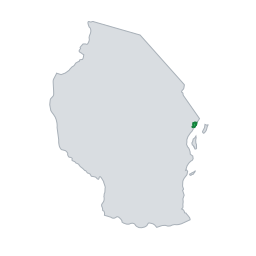 location of Tanga Urban, Tanga, United Republic of Tanzania, rotated 16°
{"feature_id": "72390352B10610893489740", "entity_name": "Tanga Urban", "entity_type": "district", "adm_level": 2, "iso_a3": "TZA", "parent_name": "United Republic of Tanzania", "parent_adm1": "Tanga", "projection": "robinson", "projection_center": [39.063, -5.126], "detail": "fine", "context": "in_parent", "style": "filled", "palette": "green", "viewbox_px": 256, "rotation_deg": 16, "n_neighbors": 0, "source": "geoboundaries", "source_scale": "gbopen_adm2", "svg_char_len": 4989}
<svg xmlns="http://www.w3.org/2000/svg" viewBox="0 0 256 256"><g transform="rotate(16 128 128)"><path d="M98.2,180.8L95.7,179.4L93.4,178.5L91.6,177.5L90.7,176.5L89.0,176.1L87.5,176.0L86.1,175.0L83.3,174.7L82.9,174.1L82.9,172.8L82.4,172.4L81.4,172.1L80.2,172.1L79.6,172.3L79.2,172.2L78.2,171.4L77.4,170.4L77.0,168.8L75.7,167.8L74.2,167.0L70.0,167.1L69.4,166.8L68.4,166.0L67.2,164.7L66.3,163.1L65.4,161.1L64.6,158.3L59.7,147.1L59.2,145.0L58.3,142.7L56.7,139.8L55.1,137.7L52.9,135.7L50.4,133.8L49.0,132.5L46.4,127.3L45.9,124.8L45.5,122.3L45.6,121.2L47.2,118.0L47.4,117.0L47.2,115.8L46.4,113.2L45.3,110.0L43.3,104.2L43.0,102.8L43.0,101.7L44.2,95.8L44.2,95.0L49.0,95.1L52.5,92.5L55.5,88.7L56.1,87.1L57.4,84.6L58.6,83.4L59.1,82.6L59.8,80.1L61.4,78.4L62.9,77.2L62.6,76.3L62.8,75.9L63.7,75.3L65.3,74.7L65.6,73.4L65.6,71.9L65.4,71.1L65.4,70.2L65.2,69.6L64.1,69.5L62.5,68.8L61.1,68.5L60.2,68.1L59.9,67.7L59.7,66.9L60.5,64.6L59.7,63.7L61.4,60.0L61.7,59.5L62.3,59.5L63.2,59.1L64.1,58.9L64.9,59.0L65.4,58.9L65.9,58.5L66.3,57.2L66.6,55.1L66.4,53.4L65.7,52.0L65.5,50.0L65.8,47.3L65.6,45.0L64.8,43.2L64.0,42.2L62.8,41.6L60.9,38.9L60.4,37.6L60.5,36.7L61.1,36.4L62.3,36.5L63.4,36.2L64.5,35.4L65.5,35.2L66.1,35.3L114.0,35.3L170.0,70.7L170.3,71.1L170.7,74.2L170.6,75.2L169.7,77.0L169.5,77.9L169.5,78.5L169.7,78.8L170.4,78.9L171.1,79.3L171.3,79.6L171.8,80.9L172.4,81.6L193.7,98.9L194.1,99.2L193.8,100.7L192.6,104.2L192.6,105.7L192.1,107.4L191.6,108.5L190.4,113.5L189.4,115.4L188.0,119.7L187.8,123.1L188.5,125.4L188.8,127.6L190.5,129.7L191.8,130.5L192.7,131.5L194.2,133.7L195.1,136.0L198.0,137.1L199.1,139.6L198.7,141.3L197.4,142.7L196.1,145.1L195.2,148.1L195.1,152.8L195.8,152.1L197.3,153.2L197.5,156.7L195.9,160.7L195.5,162.5L195.4,164.2L196.5,168.9L198.2,171.4L198.1,172.2L197.6,172.8L200.5,177.1L200.3,180.9L201.4,183.8L201.8,186.3L202.5,188.3L202.7,189.6L201.8,191.1L203.9,191.5L205.1,192.7L205.7,193.9L207.2,193.8L208.1,194.6L209.3,195.3L211.9,197.2L212.6,198.2L213.0,199.1L205.8,205.3L203.2,206.9L201.3,207.6L199.3,208.0L197.4,209.0L195.6,210.5L193.4,211.3L190.6,211.3L187.6,212.4L183.0,215.6L180.3,213.8L178.2,213.2L175.8,213.3L174.3,213.5L173.8,213.9L173.4,215.0L173.0,216.7L171.4,218.5L168.6,220.1L166.0,220.7L163.7,220.3L162.1,219.6L161.3,218.7L160.0,218.2L158.4,218.3L156.9,219.0L155.4,220.2L153.1,220.8L149.8,220.6L148.1,220.0L147.8,218.9L146.4,217.7L143.8,216.3L141.9,216.2L140.7,217.6L139.6,218.5L138.5,218.8L137.6,218.9L136.3,218.5L132.7,218.4L129.4,218.4L129.0,216.4L128.3,215.2L127.7,214.5L126.5,214.3L126.2,213.8L125.8,212.5L125.2,211.5L124.4,210.6L124.0,209.8L123.8,209.1L123.9,208.2L124.6,206.2L124.9,204.8L124.8,203.4L124.4,201.9L123.6,200.2L123.7,199.7L123.4,198.5L123.3,197.7L123.5,196.6L123.3,195.3L122.6,192.4L122.6,191.6L121.9,190.2L119.6,186.9L119.5,186.4L116.0,183.1L114.6,182.4L114.0,183.0L113.9,183.6L114.0,184.6L113.9,185.2L113.8,185.4L112.9,185.4L112.4,185.3L111.1,184.4L110.0,184.1L107.4,184.3L106.5,184.5L105.8,184.3L104.4,182.8L102.8,182.4L101.4,182.4L99.0,180.6L98.2,180.8ZM198.3,124.9L199.5,128.6L199.3,129.2L198.5,129.7L198.1,129.7L197.6,129.1L197.2,127.9L196.6,128.2L195.5,126.7L194.5,126.6L193.5,124.8L193.9,123.3L193.7,120.7L194.8,119.3L195.5,117.0L196.2,118.6L196.4,121.0L197.4,123.8L198.3,124.9ZM204.0,102.9L204.1,103.8L203.8,104.6L203.9,107.2L203.8,109.0L202.9,111.4L202.2,112.2L201.6,112.0L201.0,111.6L200.6,110.9L201.5,106.5L201.0,103.3L202.7,103.6L204.0,102.9ZM201.6,156.1L200.8,156.3L200.4,156.1L199.9,155.4L200.8,154.7L201.7,153.6L203.7,151.8L204.6,150.4L204.4,151.8L203.3,154.7L202.4,154.9L201.6,156.1Z" fill="#d9dde1" stroke="#a8b0b8" stroke-width="1"/><path d="M189.2,105.2L189.2,105.3L189.2,105.6L189.2,105.8L189.3,105.9L189.3,106.0L189.5,106.0L189.5,106.3L189.5,106.5L189.8,106.7L189.8,106.8L189.7,107.0L189.8,107.0L189.9,107.3L190.0,107.4L190.0,107.5L190.1,107.8L190.1,108.0L190.2,108.3L190.1,108.5L189.9,108.5L189.8,108.8L189.7,108.9L189.6,109.0L189.4,109.1L189.5,109.3L189.6,109.5L189.8,109.6L190.0,109.4L190.3,109.2L190.6,109.1L190.8,109.1L191.0,109.1L191.3,109.1L191.5,109.1L191.8,109.0L191.9,108.9L192.0,108.6L192.1,108.4L191.9,108.3L191.7,108.4L191.7,108.2L191.8,108.1L192.0,107.9L192.1,107.7L192.2,107.4L192.2,107.2L192.3,107.1L192.3,106.9L192.4,106.7L192.5,106.7L192.6,106.4L192.8,106.4L192.8,106.2L192.7,106.2L192.7,105.9L192.7,106.0L192.7,105.9L192.6,105.7L192.6,105.4L192.6,105.5L192.4,105.6L192.2,105.7L191.9,105.6L191.7,105.7L191.8,105.6L192.0,105.5L192.0,105.4L192.1,105.2L192.1,105.3L191.9,105.3L191.7,105.4L191.6,105.2L191.8,105.1L191.9,104.9L192.0,104.9L192.1,105.0L192.2,104.9L192.3,104.9L192.5,104.9L192.7,105.0L192.7,104.9L192.8,104.9L192.8,104.7L192.7,104.4L192.6,104.2L192.5,104.3L192.5,104.2L192.4,104.3L192.4,104.2L192.2,104.1L191.9,104.0L191.9,103.9L191.7,103.9L191.7,104.0L191.6,103.9L191.4,103.9L191.2,103.9L190.9,104.0L190.7,104.3L190.6,104.2L190.5,104.3L190.4,104.3L190.3,104.5L190.1,104.9L189.9,104.8L189.7,104.8L189.5,105.0L189.4,105.1L189.2,105.1L189.2,105.2Z" fill="#22c55e" stroke="#15803d" stroke-width="1.5"/></g></svg>